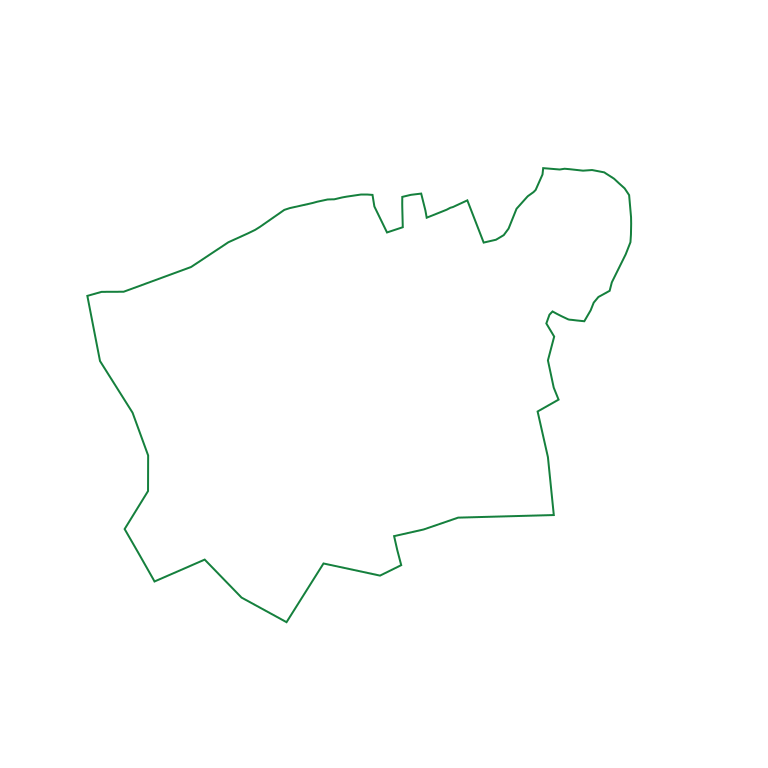 outline of Tangaza, Sokoto, Nigeria, rotated 252°
{"feature_id": "59680162B53228015633193", "entity_name": "Tangaza", "entity_type": "district", "adm_level": 2, "iso_a3": "NGA", "parent_name": "Nigeria", "parent_adm1": "Sokoto", "projection": "natural_earth1", "projection_center": [5.031, 13.477], "detail": "fine", "context": "isolated", "style": "outline", "palette": "green", "viewbox_px": 768, "rotation_deg": 252, "n_neighbors": 0, "source": "geoboundaries", "source_scale": "gbopen_adm2", "svg_char_len": 1448}
<svg xmlns="http://www.w3.org/2000/svg" viewBox="0 0 768 768"><g transform="rotate(252 384 384)"><path d="M487.9,675.5L495.7,673.3L502.1,669.6L508.2,666.2L514.8,660.8L515.0,660.6L517.2,658.9L523.2,648.0L525.4,639.2L530.9,627.0L532.9,622.3L533.7,617.4L539.3,604.0L540.1,602.1L534.3,599.5L521.7,588.2L520.3,585.5L518.2,578.9L517.5,577.6L509.7,564.2L493.3,550.5L488.6,543.9L486.6,535.1L487.7,522.5L532.9,520.0L531.0,504.1L531.1,501.6L530.4,497.5L530.0,491.7L529.0,476.0L536.2,477.0L553.6,478.2L555.6,468.0L556.3,459.2L550.0,457.1L546.8,456.1L527.3,450.3L527.2,433.7L555.8,429.7L567.4,431.5L569.3,426.8L571.3,420.7L573.7,406.6L574.2,403.0L574.4,401.4L575.0,393.9L576.9,387.5L578.0,376.7L578.2,372.2L578.6,367.7L580.4,348.8L580.4,343.0L571.7,314.3L570.4,309.1L569.3,301.2L566.9,279.8L554.9,236.7L552.2,164.9L558.9,143.9L559.5,129.1L493.6,121.0L434.4,136.0L388.9,137.6L355.1,126.5L326.2,92.5L298.3,98.4L269.4,104.3L267.1,104.7L272.4,159.2L224.9,182.5L187.6,217.7L232.0,271.0L203.0,321.0L206.4,344.4L222.0,345.3L236.2,346.6L233.4,376.7L234.0,413.2L206.9,505.0L263.8,517.3L310.4,521.6L315.2,545.2L328.1,544.3L355.8,547.2L376.5,560.5L391.4,557.1L398.8,562.8L400.9,566.7L397.2,570.2L393.7,573.7L390.5,577.1L388.7,579.0L388.0,580.0L386.8,582.8L384.8,587.1L381.8,593.9L390.2,603.3L396.6,608.6L400.5,614.8L402.9,627.4L410.3,632.1L432.7,654.0L442.7,662.2L449.7,665.0L460.1,668.6L466.3,670.5L487.9,675.5Z" fill="none" stroke="#15803d" stroke-width="2"/></g></svg>